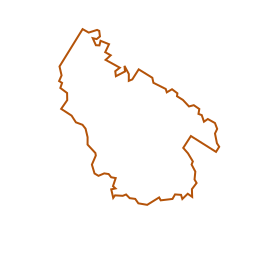 outline of Franklin, Louisiana, United States of America, rotated 302°
{"feature_id": "52423323B94132750651187", "entity_name": "Franklin", "entity_type": "district", "adm_level": 2, "iso_a3": "USA", "parent_name": "United States of America", "parent_adm1": "Louisiana", "projection": "natural_earth1", "projection_center": [-91.666, 32.139], "detail": "fine", "context": "isolated", "style": "outline", "palette": "amber", "viewbox_px": 256, "rotation_deg": 302, "n_neighbors": 0, "source": "geoboundaries", "source_scale": "gbopen_adm2", "svg_char_len": 1257}
<svg xmlns="http://www.w3.org/2000/svg" viewBox="0 0 256 256"><g transform="rotate(302 128 128)"><path d="M73.0,185.0L85.6,191.2L84.0,194.1L91.4,203.3L96.6,203.1L99.4,208.4L96.6,211.7L103.9,213.5L103.6,218.9L110.0,214.6L117.7,215.3L119.6,211.7L126.7,208.2L130.7,201.3L134.0,200.7L138.3,192.3L140.4,185.4L154.5,185.6L154.4,215.3L160.4,215.3L162.2,211.5L169.4,204.7L174.5,204.1L178.3,199.1L177.9,190.9L173.6,189.1L178.0,183.7L177.3,180.3L181.9,178.4L182.2,171.7L178.6,168.3L180.9,159.7L180.9,152.7L183.6,151.5L184.2,144.8L178.8,142.0L181.1,139.3L179.8,125.6L183.5,122.0L183.4,106.0L171.5,105.9L168.4,103.7L174.2,100.1L178.8,92.1L174.4,95.5L165.5,90.3L169.4,87.1L174.8,89.1L173.9,72.9L180.5,74.8L180.2,68.5L189.0,67.5L187.4,58.5L182.9,60.0L181.2,56.9L185.5,50.5L186.8,54.3L190.8,55.7L195.1,52.1L194.8,49.8L188.1,44.1L187.8,37.1L143.9,37.3L137.4,43.8L131.3,44.7L131.3,48.2L126.1,49.4L125.4,57.8L119.4,61.7L108.8,61.2L108.6,73.6L105.2,80.8L106.6,87.7L104.9,92.4L98.8,98.6L92.5,102.5L89.5,113.6L87.6,115.3L77.8,116.8L71.7,123.7L71.8,128.3L76.9,131.9L78.7,136.0L77.3,139.8L79.0,144.1L70.7,146.1L70.1,149.4L67.1,146.3L60.9,152.5L64.0,152.7L67.7,159.5L70.6,161.6L69.4,166.6L71.7,171.7L69.6,176.7L73.0,185.0Z" fill="none" stroke="#b45309" stroke-width="2"/></g></svg>